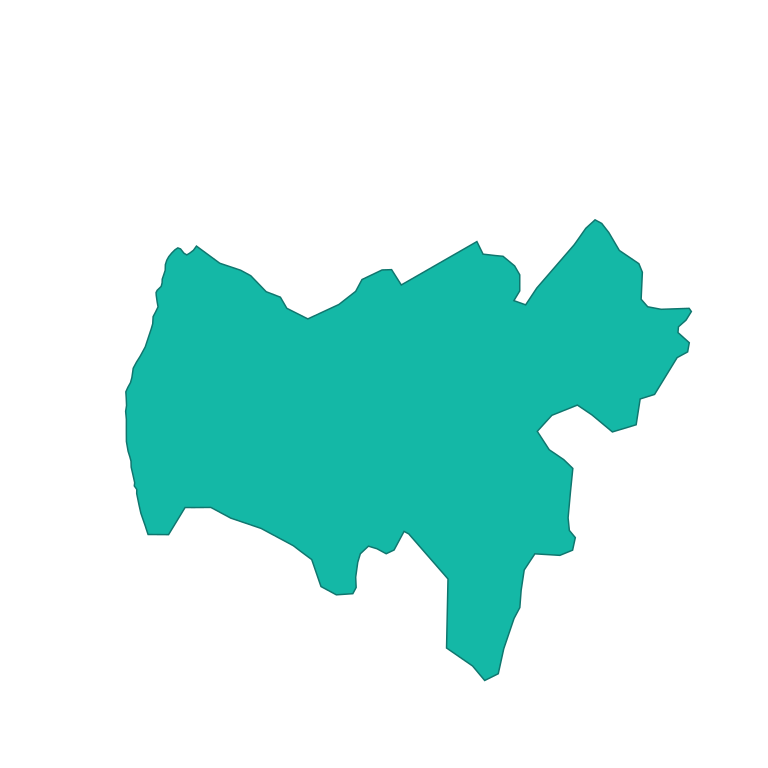 Ashotck, Shirak, Armenia (Equal Earth projection), rotated 299°
{"feature_id": "60910142B98971197356492", "entity_name": "Ashotck", "entity_type": "district", "adm_level": 2, "iso_a3": "ARM", "parent_name": "Armenia", "parent_adm1": "Shirak", "projection": "equal_earth", "projection_center": [43.919, 41.033], "detail": "fine", "context": "isolated", "style": "filled", "palette": "teal", "viewbox_px": 768, "rotation_deg": 299, "n_neighbors": 0, "source": "geoboundaries", "source_scale": "gbopen_adm2", "svg_char_len": 2007}
<svg xmlns="http://www.w3.org/2000/svg" viewBox="0 0 768 768"><g transform="rotate(299 384 384)"><path d="M629.9,489.0L618.0,485.0L601.9,483.3L597.8,482.8L542.0,471.1L521.9,469.5L519.9,457.2L531.2,457.6L545.3,449.8L550.6,441.0L553.4,426.2L550.1,418.6L547.6,412.5L545.6,407.7L553.6,396.2L479.0,351.1L487.7,335.2L482.8,327.0L464.7,314.1L451.3,314.3L431.7,306.0L404.0,285.8L403.1,262.3L409.7,251.3L407.6,236.2L414.1,215.0L414.0,203.5L410.0,181.8L413.7,153.1L408.6,152.5L404.0,150.5L401.3,148.9L401.4,145.6L403.5,140.6L403.1,137.7L400.0,136.1L395.5,134.8L391.0,134.0L386.9,134.0L382.4,134.9L377.4,137.5L372.7,138.4L368.2,139.2L364.9,140.9L361.3,141.8L356.0,140.2L353.5,140.3L351.0,141.9L345.7,145.9L341.9,149.0L336.3,149.3L331.0,149.4L324.6,152.5L319.3,153.7L310.2,155.4L300.7,157.2L290.1,157.3L283.1,156.9L276.2,157.0L273.4,158.1L267.3,160.4L262.3,161.6L257.0,161.6L252.0,162.0L246.7,165.4L240.3,169.3L234.8,171.3L228.2,175.8L216.8,182.1L208.8,186.6L201.1,192.8L196.9,197.2L193.9,200.1L188.7,203.2L183.7,207.7L176.8,213.8L173.8,215.0L171.9,218.9L168.3,220.8L159.4,228.4L153.1,234.0L143.5,244.7L142.7,245.5L140.3,248.1L138.0,250.6L147.8,268.6L179.5,269.9L184.2,278.4L192.1,292.4L192.4,315.1L198.1,346.5L198.6,383.1L197.2,392.5L195.4,405.9L176.3,427.1L176.5,444.5L185.5,458.4L192.5,458.3L201.3,452.9L215.3,447.5L224.0,445.6L234.6,449.0L236.5,457.7L236.6,468.2L243.7,473.3L264.8,473.0L264.9,478.3L244.5,534.5L183.4,566.7L180.3,598.2L173.5,615.8L186.0,624.4L210.5,617.1L242.0,611.4L254.3,611.2L270.0,604.0L289.3,596.8L308.6,598.3L319.4,620.9L330.1,629.5L342.4,625.8L345.8,617.1L356.2,609.9L380.7,599.1L401.7,590.1L405.0,577.9L406.6,560.4L416.9,541.0L438.0,546.0L459.3,563.3L457.8,580.8L452.8,607.0L470.6,624.3L495.1,615.3L506.1,625.7L549.2,627.6L559.3,634.0L568.1,631.0L571.5,616.2L576.8,613.8L586.3,617.2L596.4,617.7L598.1,614.2L583.7,590.2L579.4,577.2L582.8,567.8L607.0,555.8L612.8,548.6L614.9,525.1L625.4,507.3L628.7,499.6L630.0,496.6L629.9,489.0Z" fill="#14b8a6" stroke="#0f766e" stroke-width="1.5"/></g></svg>